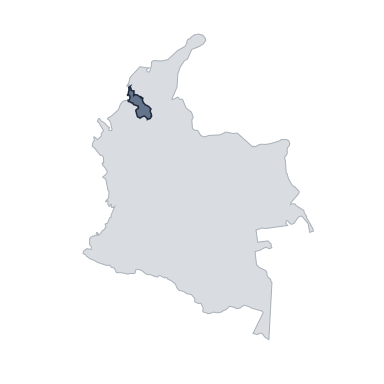 Colombia, with Sucre highlighted, rotated 353°
{"feature_id": "COL-1417", "entity_name": "Sucre", "entity_type": "Department", "adm_level": 1, "iso_a3": "COL", "parent_name": "Colombia", "parent_adm1": "", "projection": "albers", "projection_center": [-75.178, 9.212], "detail": "fine", "context": "in_parent", "style": "filled", "palette": "slate", "viewbox_px": 384, "rotation_deg": 353, "n_neighbors": 0, "source": "natural_earth", "source_scale": "10m", "svg_char_len": 5978}
<svg xmlns="http://www.w3.org/2000/svg" viewBox="0 0 384 384"><g transform="rotate(353 192 192)"><path d="M220.9,46.7L216.9,48.4L209.1,50.5L203.8,59.4L200.2,61.0L195.7,66.3L192.4,72.8L189.9,86.1L183.3,97.4L183.8,97.8L186.5,97.3L189.0,96.1L189.9,96.4L190.9,98.4L193.9,98.9L196.4,108.0L201.1,112.6L201.6,114.4L202.3,118.1L200.6,120.4L200.2,128.8L201.7,130.8L205.2,131.6L207.5,136.8L209.0,138.0L211.1,138.8L216.2,137.9L225.5,138.7L227.6,138.5L232.8,136.6L239.4,138.8L244.2,139.1L257.6,154.5L258.9,154.0L260.6,154.9L263.9,153.3L266.8,153.0L270.6,153.7L275.6,153.6L285.6,151.8L287.0,150.8L292.5,151.6L294.2,152.8L295.0,155.7L294.4,157.5L292.6,159.3L291.5,161.7L291.4,164.5L290.5,166.7L288.7,168.0L288.1,170.0L288.5,172.6L287.8,184.4L288.6,185.4L289.3,190.2L291.7,196.4L292.9,198.2L294.9,199.6L298.5,204.7L297.8,206.5L288.8,214.7L288.4,216.6L290.1,215.8L292.9,216.5L293.9,218.4L300.8,223.9L300.8,226.1L302.8,230.2L302.5,231.2L307.5,243.1L307.7,245.6L303.8,246.4L303.5,238.4L302.9,236.7L298.3,229.7L297.4,229.1L294.4,230.0L289.6,235.4L287.3,236.2L285.5,235.5L283.5,232.4L282.3,231.9L281.2,234.5L282.8,236.9L261.0,237.2L256.7,236.3L250.9,237.6L251.1,249.8L261.4,249.8L264.2,253.2L264.0,256.0L264.5,257.0L262.0,257.7L258.4,255.8L252.0,258.2L247.3,258.8L247.2,272.2L250.1,275.5L255.7,279.0L256.5,281.4L256.2,283.7L257.5,286.5L259.4,288.0L259.4,289.7L260.3,291.6L250.3,348.0L246.4,344.7L244.9,341.6L243.0,340.4L239.3,341.4L235.3,339.9L247.8,320.7L247.4,319.0L236.7,314.4L235.6,313.3L230.5,310.8L227.7,311.6L226.1,312.9L222.3,313.3L219.1,311.3L215.4,310.0L211.0,313.3L209.6,313.2L206.5,314.7L203.1,315.2L198.6,313.8L195.1,314.8L192.6,314.6L191.6,313.6L188.5,312.5L188.1,311.2L189.0,308.9L187.6,304.2L187.1,303.4L184.7,303.4L181.8,301.7L181.3,300.7L181.8,298.8L181.3,297.2L178.6,293.5L174.7,292.5L171.1,289.4L167.4,288.3L165.7,286.1L164.1,281.1L160.3,277.2L157.6,275.9L156.7,274.0L154.0,273.8L150.3,271.2L148.6,271.1L147.5,272.3L144.1,271.0L141.1,269.1L138.1,268.6L136.1,267.5L132.5,263.8L128.7,262.1L126.4,262.7L125.7,265.4L124.4,265.9L119.9,265.2L119.1,265.7L118.0,265.6L112.5,263.6L107.2,262.8L105.8,258.3L102.4,256.6L101.4,254.5L98.9,254.7L89.8,250.5L86.0,247.6L82.8,246.0L79.4,242.8L78.9,241.5L76.3,239.6L77.6,237.2L80.8,235.4L84.9,236.8L85.4,234.0L83.9,231.5L84.7,225.9L85.8,224.7L88.0,223.6L89.4,224.0L90.3,223.1L93.7,223.5L94.7,223.2L97.2,220.9L98.4,219.1L99.5,219.3L102.3,216.3L101.8,213.2L104.4,212.6L107.1,207.6L108.3,207.5L108.9,205.1L113.6,196.9L111.9,197.9L110.1,197.3L110.4,194.5L109.8,194.2L108.3,196.3L107.0,194.1L107.4,190.6L105.2,191.2L105.4,190.4L108.4,187.8L109.7,181.7L108.7,179.5L108.2,170.3L107.6,168.6L105.2,166.3L109.1,163.7L110.5,161.7L108.8,157.7L106.5,154.2L106.4,152.2L107.8,152.4L108.4,146.7L107.1,144.6L105.5,144.5L100.3,136.1L98.5,134.3L99.9,130.3L101.5,128.6L101.2,125.5L102.2,125.6L104.4,128.5L105.3,128.0L108.9,125.4L109.0,122.9L111.8,120.4L107.9,111.8L106.6,110.4L108.2,107.7L109.1,107.8L110.6,110.5L113.1,112.3L116.7,117.1L118.2,118.2L117.1,119.3L116.9,120.4L117.4,121.0L119.4,121.2L120.3,119.9L119.7,114.1L118.9,111.1L117.0,109.1L117.6,108.2L121.3,106.8L129.0,101.3L131.7,96.1L133.7,94.2L136.0,93.0L138.8,93.2L140.9,92.6L141.6,90.9L140.2,87.3L141.8,82.4L141.8,79.8L142.8,78.3L142.5,77.8L139.7,79.5L142.5,76.0L144.5,70.7L155.7,61.3L162.9,63.5L165.2,63.4L162.2,64.6L161.8,65.9L162.8,67.4L163.9,67.8L164.9,66.8L167.3,61.3L167.6,58.3L168.7,57.3L170.2,56.9L177.3,58.2L184.1,57.7L195.0,49.8L203.2,46.4L205.2,43.1L205.7,40.7L207.2,39.7L208.8,39.7L209.7,38.4L213.5,36.3L217.6,36.0L221.9,37.8L223.9,41.0L224.2,43.2L220.9,46.7ZM93.8,222.5L93.3,222.9L92.3,222.2L92.0,221.3L92.6,220.6L93.3,220.8L93.8,222.5Z" fill="#d9dde1" stroke="#a8b0b8" stroke-width="1"/><path d="M139.8,93.2L140.3,93.4L140.6,93.2L141.3,92.5L141.7,91.7L142.1,90.5L142.1,89.4L141.9,88.9L141.7,88.6L141.3,88.1L141.0,88.1L140.8,87.9L140.6,87.8L140.2,87.8L139.8,88.1L139.7,87.9L140.8,86.8L140.9,86.3L141.2,85.3L141.2,84.8L141.4,84.4L141.6,83.9L141.8,83.3L141.9,82.9L141.9,82.5L142.1,81.4L142.2,80.8L142.0,80.5L143.8,79.5L142.9,81.0L142.9,81.3L142.9,81.5L143.1,81.6L143.4,81.6L143.7,81.5L144.0,81.5L144.0,82.1L144.0,82.4L144.2,82.7L144.2,82.9L144.1,83.1L143.9,83.4L143.8,83.6L143.9,83.8L144.4,84.0L145.9,84.5L146.1,84.6L146.4,84.4L146.7,84.5L146.8,84.8L146.6,85.1L146.5,85.7L146.6,86.1L146.5,86.4L146.3,87.0L146.2,87.3L146.2,87.7L146.2,87.9L146.0,88.2L145.9,89.0L146.2,88.7L146.6,88.8L146.9,88.6L147.0,88.4L147.3,88.3L147.6,88.3L147.9,88.5L148.5,88.9L148.9,88.8L149.2,88.8L149.4,89.0L150.2,89.6L150.6,90.0L151.4,90.8L151.6,90.9L152.1,90.9L152.7,91.1L152.3,92.0L152.5,92.3L153.1,92.5L153.5,92.4L153.8,92.3L153.9,92.2L154.0,92.3L154.1,92.5L154.5,92.8L154.7,93.0L154.4,93.5L154.0,94.4L153.9,94.6L154.1,94.8L154.0,95.1L154.0,95.4L154.1,95.7L154.4,96.3L154.6,97.1L154.6,97.3L154.6,97.6L154.7,97.8L154.9,97.9L155.1,98.0L155.4,98.3L155.7,99.0L156.1,99.7L156.9,100.2L157.4,100.4L159.2,101.7L160.1,102.7L161.0,104.1L161.3,104.4L161.4,104.6L161.3,104.9L161.1,105.0L160.9,105.4L160.4,105.9L160.3,106.2L160.6,108.4L160.8,109.0L161.0,109.2L161.0,109.3L161.0,109.7L161.0,110.2L161.2,110.9L161.2,111.2L161.2,111.5L160.9,112.2L160.8,112.4L160.5,112.4L160.3,112.3L160.2,112.5L160.1,112.9L159.9,113.4L159.6,113.7L159.3,114.0L158.8,114.1L158.3,114.2L157.7,114.1L157.1,114.5L156.5,114.7L156.5,113.6L156.4,113.4L156.2,113.1L155.9,112.9L155.5,112.5L155.0,111.6L154.3,111.1L153.9,110.8L153.6,110.8L153.2,110.8L152.2,111.2L151.4,111.4L149.4,112.4L148.7,111.7L148.1,111.3L147.3,110.9L147.1,110.7L146.9,110.1L146.8,109.2L146.8,108.4L146.4,107.2L146.4,106.8L146.4,106.5L146.5,106.0L146.1,104.8L146.2,104.1L146.3,103.9L146.5,103.8L146.7,103.6L147.1,103.2L147.3,103.1L147.5,103.0L147.8,103.0L148.7,102.7L148.9,102.5L149.0,101.6L149.2,101.4L148.8,100.8L148.7,100.7L148.9,100.3L148.1,99.7L144.8,98.2L144.3,97.4L144.2,96.6L143.8,96.4L143.6,96.4L143.4,96.4L143.3,96.2L142.6,96.0L142.3,95.7L142.0,95.3L141.0,94.8L140.5,94.7L140.3,94.6L139.8,94.4L139.8,93.3L139.8,93.2Z" fill="#64748b" stroke="#1e293b" stroke-width="1.5"/></g></svg>